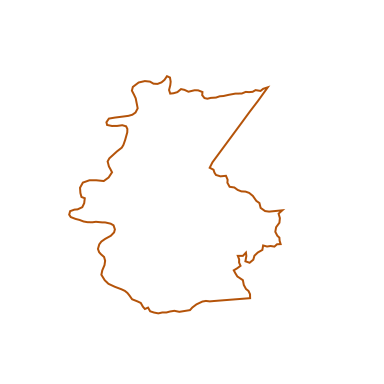 the district of São Pedro do Ivaí, Paraná, Brazil, rotated 55°
{"feature_id": "56859067B83474716083544", "entity_name": "São Pedro do Ivaí", "entity_type": "district", "adm_level": 2, "iso_a3": "BRA", "parent_name": "Brazil", "parent_adm1": "Paraná", "projection": "equal_earth", "projection_center": [-51.879, -23.83], "detail": "fine", "context": "isolated", "style": "outline", "palette": "amber", "viewbox_px": 384, "rotation_deg": 55, "n_neighbors": 0, "source": "geoboundaries", "source_scale": "gbopen_adm2", "svg_char_len": 2489}
<svg xmlns="http://www.w3.org/2000/svg" viewBox="0 0 384 384"><g transform="rotate(55 192 192)"><path d="M149.7,69.9L148.3,74.5L148.5,77.9L145.0,81.5L144.7,84.9L142.9,88.0L140.8,90.6L139.9,94.7L136.2,100.2L133.5,106.1L131.4,111.2L129.5,114.4L128.4,118.2L125.7,122.6L124.4,125.9L122.2,127.9L118.5,128.1L116.1,126.1L112.2,128.7L110.1,131.6L107.8,137.4L104.0,139.6L101.4,142.0L101.8,146.7L100.5,150.5L98.9,153.4L95.3,152.3L92.0,148.5L89.4,146.2L85.6,144.4L82.8,146.1L84.4,150.3L84.7,154.1L83.7,158.2L81.2,161.4L77.5,163.1L74.1,167.0L71.7,172.9L72.0,180.2L74.5,183.1L79.1,183.7L83.0,184.4L92.3,188.5L94.5,192.7L94.5,196.5L93.2,200.3L90.6,205.3L86.8,212.5L84.2,218.0L85.8,222.1L88.4,223.1L92.0,219.7L94.9,215.5L97.3,210.8L100.4,208.3L103.3,208.8L106.0,210.8L111.1,217.0L114.1,221.2L115.4,224.1L115.7,230.2L117.0,240.4L118.6,243.6L123.4,245.4L126.3,245.7L130.0,246.2L132.3,252.0L132.4,258.0L127.3,263.9L123.6,269.2L121.7,276.0L124.3,281.3L128.8,284.0L132.7,285.4L135.6,283.4L139.3,286.7L141.5,290.6L140.6,295.7L139.0,298.4L137.8,302.8L140.1,305.6L143.0,305.7L147.3,302.8L150.3,300.2L154.0,297.7L156.7,295.0L159.6,291.1L161.3,287.8L165.3,283.1L167.2,280.5L171.3,276.8L174.3,275.4L178.4,276.6L180.4,279.0L181.3,283.6L180.6,290.0L180.6,294.7L181.7,298.0L184.7,301.7L188.0,302.6L190.7,302.3L194.8,301.3L198.5,302.6L201.7,305.6L204.7,310.4L207.8,313.7L214.2,314.1L219.3,313.1L225.5,309.5L231.2,305.6L234.5,303.7L237.7,302.8L240.8,302.6L245.5,302.6L250.2,299.5L253.5,297.6L257.8,298.0L260.8,297.7L261.5,294.3L265.7,294.7L268.9,292.3L272.1,289.2L273.7,285.3L276.0,282.1L277.3,278.5L279.2,274.6L282.9,271.1L287.6,261.4L286.8,258.0L286.6,252.8L287.7,246.3L289.2,243.1L291.8,240.2L293.8,236.7L312.3,205.3L309.0,203.1L305.4,202.5L302.4,203.4L297.9,202.9L293.4,200.9L287.2,203.3L283.5,203.1L280.1,202.7L280.4,198.8L280.3,194.6L276.8,193.9L274.2,192.0L270.6,191.1L273.5,186.9L272.6,182.6L275.6,184.2L279.4,188.0L283.0,185.4L282.6,180.6L280.0,177.4L279.3,172.8L279.8,167.6L276.6,164.4L279.7,161.8L281.3,158.6L284.0,155.8L283.6,152.3L285.5,149.3L282.2,148.2L279.5,146.6L276.8,147.2L272.4,146.6L269.1,143.3L267.3,138.0L263.8,135.0L259.4,133.5L258.8,128.5L252.3,140.1L249.5,143.1L244.4,144.9L239.7,143.1L236.2,144.4L230.1,144.4L225.5,145.7L222.4,147.9L219.8,151.2L216.5,153.4L212.6,154.7L209.3,158.2L204.7,157.7L202.4,155.8L198.2,154.9L195.5,159.7L191.8,162.6L189.0,162.5L186.1,161.6L182.3,163.6L179.4,158.2L165.1,115.6L159.2,98.2L155.2,85.6L149.7,69.9Z" fill="none" stroke="#b45309" stroke-width="2"/></g></svg>